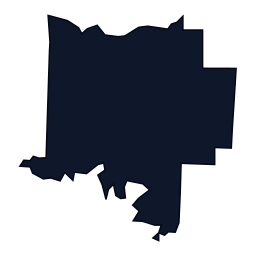 Ponte Preta, Rio Grande do Sul, Brazil
{"feature_id": "56859067B57948891893703", "entity_name": "Ponte Preta", "entity_type": "district", "adm_level": 2, "iso_a3": "BRA", "parent_name": "Brazil", "parent_adm1": "Rio Grande do Sul", "projection": "orthographic", "projection_center": [-52.512, -27.663], "detail": "fine", "context": "isolated", "style": "filled", "palette": "ink", "viewbox_px": 256, "rotation_deg": 0, "n_neighbors": 0, "source": "geoboundaries", "source_scale": "gbopen_adm2", "svg_char_len": 1019}
<svg xmlns="http://www.w3.org/2000/svg" viewBox="0 0 256 256"><path d="M182.9,16.2L176.9,22.3L171.5,24.0L167.8,29.1L147.8,26.2L138.7,27.3L125.0,35.9L118.3,36.7L105.0,35.0L97.2,25.3L87.4,28.7L81.8,33.7L78.5,27.7L67.4,20.6L48.1,15.4L50.0,42.0L49.5,50.2L46.1,157.8L38.8,158.1L33.3,156.3L30.0,160.7L23.8,160.2L19.9,166.2L30.2,166.9L32.6,173.1L38.6,176.3L43.2,178.9L50.8,178.0L60.1,180.9L64.8,172.4L72.9,180.4L74.4,172.1L86.5,173.6L97.9,164.5L103.7,163.0L105.0,170.1L97.9,175.1L102.2,184.7L106.0,199.4L108.4,189.4L113.5,184.3L115.8,195.5L120.6,198.5L125.4,197.9L124.2,187.0L126.8,180.6L142.8,183.8L149.6,189.9L138.7,198.2L132.7,205.2L139.2,211.1L133.2,220.8L142.4,221.3L154.6,225.1L161.3,225.1L158.7,232.8L164.5,235.2L168.3,231.8L175.3,232.2L178.9,222.8L180.2,193.1L181.1,163.3L214.7,164.5L214.7,147.5L231.3,148.1L232.4,127.0L233.8,105.6L236.1,68.4L202.6,68.3L202.6,51.7L202.6,44.9L202.6,30.0L182.9,30.0L182.9,16.2ZM158.7,232.8L152.9,238.0L158.7,240.6L158.7,232.8Z" fill="#0f172a" stroke="#020617" stroke-width="1.5"/></svg>